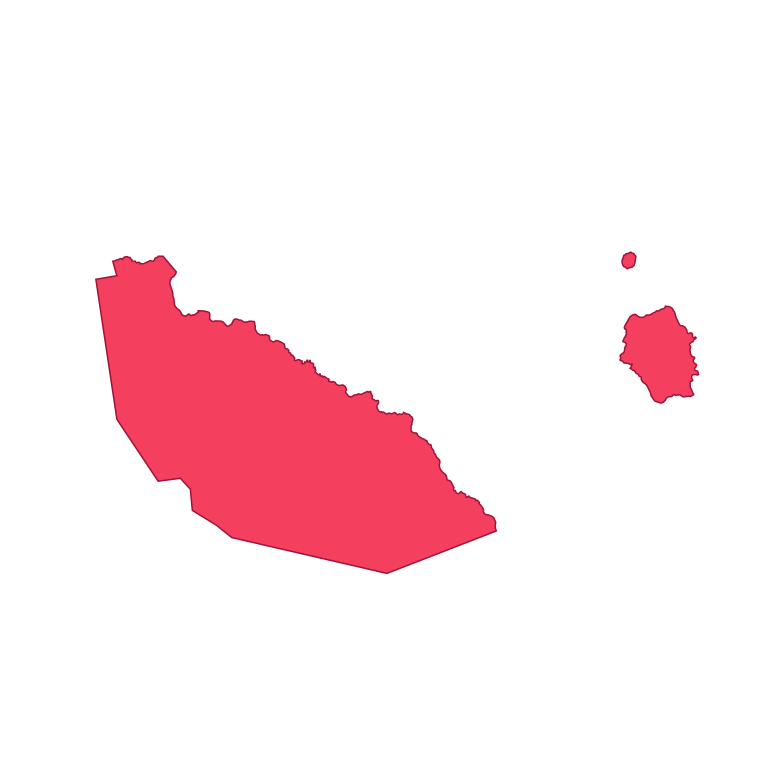 outline of Rai Coast District, Madang, Papua New Guinea, rotated 13°
{"feature_id": "67681753B12323407332592", "entity_name": "Rai Coast District", "entity_type": "district", "adm_level": 2, "iso_a3": "PNG", "parent_name": "Papua New Guinea", "parent_adm1": "Madang", "projection": "robinson", "projection_center": [146.508, -5.549], "detail": "fine", "context": "isolated", "style": "filled", "palette": "rose", "viewbox_px": 768, "rotation_deg": 13, "n_neighbors": 0, "source": "geoboundaries", "source_scale": "gbopen_adm2", "svg_char_len": 6164}
<svg xmlns="http://www.w3.org/2000/svg" viewBox="0 0 768 768"><g transform="rotate(13 384 384)"><path d="M429.4,567.9L526.5,501.9L524.8,499.1L524.1,495.8L524.1,494.0L522.1,491.0L521.0,489.7L518.9,488.6L515.3,488.1L512.1,488.3L510.9,487.5L509.7,486.2L509.0,483.5L505.6,480.3L503.7,479.3L503.5,477.7L502.6,477.6L501.5,476.3L499.7,476.9L499.2,475.9L498.5,475.5L494.2,475.2L492.4,474.8L491.8,474.1L490.1,475.7L489.4,475.6L488.3,473.3L486.3,472.6L485.1,472.8L483.7,471.4L482.7,472.0L481.8,473.9L480.4,474.2L478.9,473.7L477.3,471.8L476.1,472.1L475.6,471.6L475.4,469.1L473.9,467.6L473.6,466.7L472.4,465.8L471.9,464.7L470.2,463.5L467.1,463.2L465.7,460.1L464.9,459.0L463.6,458.0L460.8,456.7L458.3,454.7L457.0,452.9L456.1,450.3L456.1,447.6L455.2,445.7L451.6,443.4L449.8,440.9L448.7,440.2L447.8,439.1L447.6,438.1L444.4,435.1L444.0,433.5L443.2,432.6L441.8,432.8L439.8,431.6L438.4,429.5L437.2,429.6L435.7,428.8L433.4,428.5L429.6,427.2L428.5,426.5L427.4,425.0L426.5,424.4L424.5,424.9L421.9,424.4L420.5,422.6L420.3,420.7L419.8,419.2L420.3,417.4L419.9,415.9L420.0,411.7L418.7,409.9L417.4,409.5L416.0,408.3L415.1,408.0L412.5,408.1L409.6,407.2L409.0,408.7L407.7,409.9L405.8,409.6L404.4,410.8L403.6,410.8L402.0,409.6L400.6,409.4L398.5,411.3L395.9,411.2L394.5,411.7L393.7,412.5L392.7,412.7L390.1,411.5L389.1,411.6L388.5,412.2L387.5,411.6L386.5,412.1L385.6,412.0L383.8,410.4L381.9,407.5L382.0,406.4L382.9,404.2L382.9,403.3L382.2,401.5L381.4,401.4L379.9,402.3L375.9,400.9L375.4,400.3L375.4,398.4L373.2,395.6L372.7,394.4L372.2,394.3L371.2,395.5L370.0,395.0L369.2,395.2L363.9,399.4L361.6,399.3L360.7,399.7L359.9,400.7L358.3,401.0L356.8,402.1L355.5,403.9L352.3,403.9L348.4,400.7L348.2,399.2L348.8,398.3L348.7,397.6L346.7,395.2L345.5,394.5L344.1,394.2L340.7,395.5L339.3,395.5L337.0,394.6L335.9,393.3L333.6,393.1L332.5,394.1L331.4,393.5L330.3,393.9L329.5,393.8L329.2,392.9L329.5,392.3L329.0,391.5L327.3,391.4L324.5,390.1L323.5,390.2L322.9,391.0L321.9,390.0L320.1,390.6L319.8,390.3L319.9,389.4L319.3,388.6L317.9,389.7L317.1,389.6L315.4,388.3L314.6,388.3L314.3,387.6L314.5,386.0L313.5,384.8L313.5,384.0L313.0,383.2L312.0,383.8L311.4,383.1L310.9,380.4L309.4,379.7L307.8,379.9L307.2,379.2L307.2,378.3L306.7,377.7L306.1,377.8L305.9,379.1L305.1,379.7L304.4,379.2L304.1,378.1L303.6,378.2L303.4,379.7L302.9,380.3L301.9,380.3L301.7,380.7L301.9,381.9L301.4,382.4L300.2,382.2L299.5,382.7L299.2,382.3L299.4,380.7L299.1,380.1L297.3,380.0L296.3,379.4L294.5,379.7L293.6,380.5L291.7,381.2L291.1,380.7L291.2,379.0L290.8,378.3L289.5,377.7L288.6,376.5L287.1,376.9L286.0,374.8L284.8,375.0L283.8,374.3L283.9,373.0L282.3,371.6L280.4,371.7L279.6,371.3L279.0,370.6L278.7,369.2L277.7,367.5L273.3,366.1L270.4,365.7L268.9,366.0L267.6,367.5L266.3,367.9L263.3,367.1L262.2,365.8L262.0,364.0L261.2,362.9L257.6,362.4L255.8,363.4L254.3,363.4L252.7,364.2L248.9,362.8L245.9,359.2L245.7,356.6L244.5,355.1L244.5,353.9L243.4,352.3L239.4,352.9L237.8,353.5L236.9,354.5L235.7,354.5L234.0,355.3L230.2,353.9L228.3,354.3L226.1,353.8L224.9,354.0L224.1,354.3L223.1,355.4L222.0,359.9L219.5,362.6L218.0,363.1L213.6,359.9L211.2,359.4L205.3,360.5L203.7,361.5L201.8,361.4L200.8,360.9L199.3,359.3L198.7,355.7L198.2,354.5L197.5,353.7L195.6,353.4L192.1,353.4L186.6,354.4L186.3,354.8L187.1,355.5L187.0,356.1L186.0,356.7L183.8,359.3L182.0,359.7L180.3,360.8L179.8,360.8L178.9,359.7L178.4,359.7L177.3,360.2L176.5,361.5L175.1,362.6L172.0,362.3L168.9,358.8L167.7,357.9L165.2,357.0L162.2,354.4L160.1,348.3L158.6,346.1L157.4,342.1L152.7,334.4L152.4,331.2L152.9,329.6L152.9,328.4L154.9,326.7L155.2,325.6L156.2,324.0L156.4,321.5L139.9,309.2L135.3,310.3L134.9,311.6L134.2,311.7L132.8,312.8L132.5,313.6L132.6,314.8L131.0,316.5L128.6,316.3L122.7,320.8L119.2,321.8L118.9,320.8L117.2,320.6L115.6,321.7L113.8,320.2L111.4,321.1L110.5,320.5L110.4,319.6L109.3,319.1L108.0,317.8L106.6,318.1L105.5,317.7L103.7,318.1L102.3,318.9L101.2,321.2L100.6,320.7L99.6,321.2L98.8,321.1L96.5,323.1L95.5,323.2L93.8,324.8L92.1,325.4L99.3,338.6L79.7,346.8L131.7,478.5L185.8,529.5L206.8,521.7L219.0,530.1L225.7,550.3L252.5,559.3L270.2,567.9L429.4,567.9ZM646.6,244.9L643.3,244.4L642.3,245.0L640.7,244.8L640.4,246.7L639.8,247.5L637.3,248.7L635.0,251.1L633.2,251.4L631.8,253.2L630.6,253.9L628.8,255.9L626.7,257.2L624.2,257.7L622.5,260.1L621.6,260.7L619.4,261.3L616.7,261.2L613.8,259.7L612.6,259.7L610.4,261.0L608.5,263.3L605.5,273.5L605.5,275.2L606.2,276.1L607.8,276.8L608.3,277.6L608.2,279.1L609.2,280.8L608.5,282.2L608.5,283.6L607.9,284.4L607.1,288.7L607.4,289.0L609.8,289.3L611.2,290.6L611.2,291.9L610.3,294.7L610.8,296.4L610.7,299.1L608.0,302.2L607.7,303.2L608.9,305.7L608.5,307.5L609.1,307.9L611.4,308.1L613.1,309.5L617.6,309.0L619.7,309.6L621.2,308.8L621.4,310.0L620.9,310.6L621.1,311.9L620.2,313.3L623.6,314.7L624.9,314.6L627.3,316.9L628.8,317.1L629.9,317.7L631.1,319.2L632.7,319.1L633.2,319.6L633.4,321.2L633.9,322.1L635.5,323.8L636.8,324.1L637.4,324.9L638.3,324.9L640.2,326.1L645.4,332.3L647.0,335.5L651.3,339.4L652.1,339.8L658.2,340.3L660.0,339.2L661.2,337.6L661.7,336.8L662.1,334.6L664.1,332.4L667.0,331.6L668.4,329.7L669.7,329.1L670.9,329.5L672.2,328.6L673.3,328.6L674.6,327.9L677.9,329.2L679.4,329.0L683.0,327.5L685.5,327.2L688.1,324.9L687.9,324.1L687.0,323.4L684.4,319.7L683.4,318.9L682.0,314.2L682.1,313.0L684.0,311.2L683.9,310.7L682.5,309.3L682.0,306.9L682.9,305.6L683.9,305.1L685.7,304.7L687.5,304.8L688.3,304.0L686.8,301.0L684.2,300.7L683.2,299.7L683.2,298.6L684.2,296.8L684.2,295.0L683.7,294.5L681.9,294.1L680.3,292.6L680.0,290.8L680.9,289.2L680.5,288.1L678.0,288.0L676.1,286.0L674.5,282.4L674.5,279.1L674.0,278.1L672.7,276.9L672.9,275.8L675.6,273.0L675.9,271.3L677.5,269.6L677.7,268.7L676.8,268.2L675.3,269.2L674.2,268.9L673.3,266.0L672.6,265.3L671.3,265.1L669.3,266.3L668.3,266.2L667.7,265.5L666.9,263.4L664.8,261.1L662.4,260.2L660.1,260.4L658.7,259.9L653.5,253.3L651.1,248.8L647.5,245.3L646.6,244.9ZM595.3,200.1L594.4,200.1L592.8,201.7L590.6,202.6L589.3,204.6L588.7,204.8L588.6,207.9L588.2,208.8L588.4,211.1L589.1,213.1L590.0,214.5L591.3,215.6L593.3,216.0L594.7,217.0L595.4,216.9L597.0,215.5L599.4,214.4L601.0,212.1L601.2,209.7L600.8,203.6L600.4,202.6L599.0,201.8L598.3,200.9L596.0,200.5L595.3,200.1Z" fill="#f43f5e" stroke="#9f1239" stroke-width="1.5"/></g></svg>